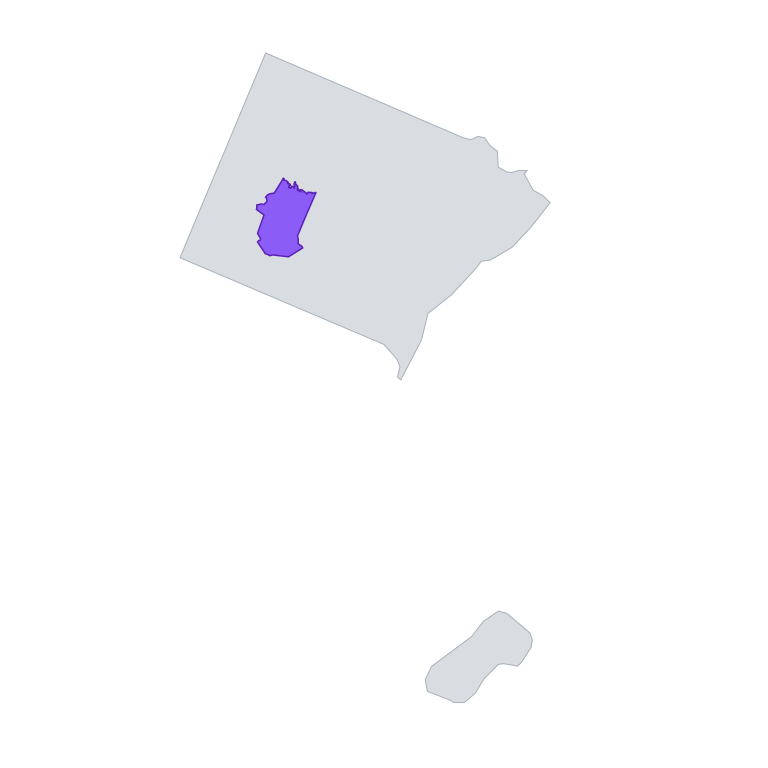 Añisoc, Wele-Nzás, Equatorial Guinea shown in context, rotated 203°
{"feature_id": "11065452B27397509806446", "entity_name": "Añisoc", "entity_type": "district", "adm_level": 2, "iso_a3": "GNQ", "parent_name": "Equatorial Guinea", "parent_adm1": "Wele-Nzás", "projection": "natural_earth1", "projection_center": [10.841, 1.768], "detail": "fine", "context": "in_parent", "style": "filled", "palette": "violet", "viewbox_px": 768, "rotation_deg": 203, "n_neighbors": 0, "source": "geoboundaries", "source_scale": "gbopen_adm2", "svg_char_len": 4338}
<svg xmlns="http://www.w3.org/2000/svg" viewBox="0 0 768 768"><g transform="rotate(203 384 384)"><path d="M621.1,420.5L621.4,464.5L621.6,501.7L621.7,542.0L622.0,583.9L622.1,619.4L622.3,642.4L588.6,642.3L544.0,642.1L499.3,642.0L454.7,641.8L432.2,641.7L407.5,641.6L399.5,642.8L394.1,648.6L387.5,650.0L379.9,645.0L370.6,642.6L368.1,637.5L363.5,628.2L354.3,627.2L349.7,628.2L343.0,633.5L335.6,636.3L337.0,632.0L322.3,620.6L311.7,619.5L301.9,615.9L309.9,586.0L319.7,559.6L334.5,539.7L342.4,534.9L345.0,525.0L356.7,492.5L371.1,466.1L366.7,439.3L370.1,394.4L374.3,395.7L375.0,399.9L376.1,406.2L381.5,411.8L399.6,420.4L453.3,420.4L485.4,420.4L532.8,420.4L583.0,420.5L621.1,420.5ZM195.3,118.0L199.4,118.8L223.9,118.0L230.6,128.1L229.8,142.9L204.5,186.1L199.8,204.3L190.0,219.7L181.6,220.9L152.4,211.9L147.5,206.4L145.7,199.0L148.6,181.8L150.8,176.5L164.7,173.3L169.2,170.5L176.7,151.9L179.2,135.0L185.5,122.3L195.3,118.0Z" fill="#d9dde1" stroke="#a8b0b8" stroke-width="1"/><path d="M521.4,533.0L521.4,533.3L521.5,533.5L521.8,533.6L522.0,533.5L522.5,533.1L522.7,532.8L523.0,532.6L523.3,532.3L523.6,532.0L523.9,531.8L524.3,531.5L524.5,531.3L524.6,531.7L524.6,531.8L524.7,532.0L524.8,532.0L525.0,532.1L525.3,532.0L525.9,531.9L526.1,531.7L527.2,531.4L527.9,531.0L528.0,531.1L528.6,531.0L528.7,530.9L528.8,530.8L528.9,530.3L528.9,530.2L529.0,530.2L529.1,529.8L529.2,529.6L529.2,529.1L529.3,528.8L529.6,528.7L530.0,529.0L530.2,529.3L530.5,529.4L530.8,529.3L531.2,529.5L531.5,529.7L531.8,529.9L531.9,530.0L532.2,530.0L532.3,530.0L532.5,529.9L532.7,529.7L532.8,529.8L533.2,530.1L533.8,530.3L534.5,530.2L534.9,530.5L535.0,530.5L535.5,530.7L535.9,530.7L536.0,530.7L536.3,530.5L536.6,530.3L536.6,530.1L536.7,529.9L536.6,529.7L536.5,529.4L536.4,529.3L536.3,529.2L536.7,529.3L536.7,529.2L536.8,529.2L537.1,529.1L537.2,528.9L537.3,528.8L537.2,528.2L537.3,528.2L537.5,528.4L537.5,528.5L537.8,528.7L537.8,528.8L537.8,529.0L537.9,529.3L538.2,529.6L538.3,529.6L538.6,529.7L538.6,529.8L538.8,530.0L539.0,530.1L539.5,529.7L539.6,529.3L539.6,529.2L539.6,528.9L539.7,529.0L539.8,529.4L539.8,529.7L539.8,530.1L539.8,530.3L540.1,530.7L540.1,530.8L540.2,531.0L540.3,531.2L540.4,531.7L540.4,531.8L540.5,532.1L540.7,532.3L540.8,532.4L541.1,532.4L541.6,532.3L541.9,532.8L542.4,533.2L542.5,533.3L542.8,533.3L542.9,533.2L543.1,533.2L543.3,533.3L543.6,533.7L543.7,533.8L543.8,533.8L544.0,533.8L544.1,534.1L544.0,534.6L544.3,535.2L544.4,535.3L544.6,535.4L544.8,535.4L545.0,535.2L545.1,534.8L545.1,534.7L545.1,534.3L545.1,534.2L545.0,533.8L545.0,533.4L544.8,532.7L544.6,532.2L544.5,531.9L544.4,531.8L543.5,531.4L543.4,531.3L543.5,530.8L543.4,529.9L543.3,529.7L543.2,529.7L543.0,529.3L543.2,529.2L543.4,529.2L543.5,529.3L543.7,529.6L543.8,529.7L544.1,529.9L544.2,530.0L544.5,530.0L544.9,530.1L545.4,530.2L545.5,530.2L545.8,530.1L546.0,530.1L546.1,529.9L546.2,529.6L546.2,529.3L546.2,529.2L546.0,528.9L546.1,528.5L546.3,528.1L546.3,527.7L546.7,527.7L547.0,528.0L547.4,528.2L547.5,528.2L547.8,528.3L548.0,528.3L548.1,528.2L548.1,528.3L548.3,528.3L548.4,528.2L548.6,528.1L548.7,528.6L548.7,529.1L548.7,529.3L548.8,529.4L548.9,529.6L548.7,529.7L548.3,529.8L548.2,529.8L547.9,530.0L547.8,530.5L548.2,531.0L548.3,531.0L548.7,531.2L549.1,531.3L549.7,531.3L549.7,531.2L549.8,531.2L550.1,531.1L550.4,530.9L550.5,530.9L550.9,531.1L551.2,531.2L551.4,531.5L551.0,531.6L550.8,531.8L551.5,532.4L551.8,532.6L552.0,532.7L552.3,532.8L552.9,532.9L553.3,532.9L554.0,533.0L553.6,532.8L554.5,532.8L555.0,532.8L555.2,532.7L555.8,532.5L555.9,532.8L556.0,533.1L556.2,533.8L556.3,533.9L556.3,534.0L556.8,534.1L557.0,534.0L557.0,533.9L557.3,533.1L557.3,532.8L557.3,532.7L557.3,532.2L557.4,531.8L557.3,531.6L559.6,517.1L559.9,516.7L561.0,516.1L561.7,515.5L562.6,515.1L563.6,514.3L564.3,513.6L565.1,512.4L565.5,511.6L565.7,510.7L566.0,509.6L564.7,509.0L564.4,508.4L563.4,507.3L563.1,505.6L564.0,504.4L564.5,502.5L567.6,501.6L569.4,500.2L570.2,499.7L571.0,499.2L569.5,495.1L569.6,494.8L567.1,494.2L560.5,492.7L559.3,473.5L558.6,472.7L554.4,469.5L554.2,467.9L555.5,466.9L555.7,465.7L555.9,465.3L544.1,457.5L542.1,457.8L539.4,457.5L538.9,457.7L537.2,459.2L521.6,463.8L512.0,477.5L512.7,478.1L513.4,478.7L514.6,479.0L516.0,479.0L517.3,479.6L518.0,480.0L518.5,481.1L518.8,482.1L519.4,483.5L520.2,484.7L521.0,485.8L521.5,486.6L521.6,512.1L521.4,533.0Z" fill="#8b5cf6" stroke="#5b21b6" stroke-width="1.5"/></g></svg>